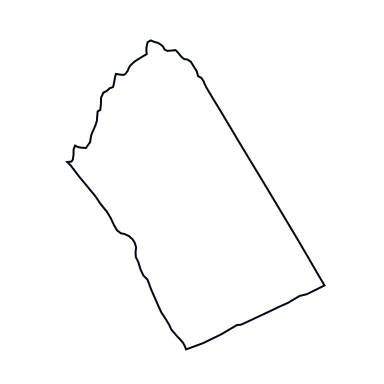 outline of Nyaribari Masaba, Nyanza, Kenya, rotated 353°
{"feature_id": "3690345B15425967230787", "entity_name": "Nyaribari Masaba", "entity_type": "district", "adm_level": 2, "iso_a3": "KEN", "parent_name": "Kenya", "parent_adm1": "Nyanza", "projection": "equal_earth", "projection_center": [34.907, -0.835], "detail": "fine", "context": "isolated", "style": "outline", "palette": "ink", "viewbox_px": 384, "rotation_deg": 353, "n_neighbors": 0, "source": "geoboundaries", "source_scale": "gbopen_adm2", "svg_char_len": 1720}
<svg xmlns="http://www.w3.org/2000/svg" viewBox="0 0 384 384"><g transform="rotate(353 192 192)"><path d="M167.0,347.5L184.4,343.4L204.0,336.7L220.4,329.5L224.3,329.7L228.9,328.3L253.9,320.1L265.0,316.4L274.1,313.6L277.6,312.0L286.1,308.3L293.6,307.4L312.1,300.9L291.4,252.7L275.1,215.9L263.5,189.8L246.6,152.2L228.9,112.1L224.6,102.7L219.0,90.0L217.5,85.8L217.2,83.9L215.1,79.8L212.2,77.8L211.4,72.7L209.0,67.6L206.7,62.5L203.3,59.8L200.5,59.2L197.8,56.3L195.1,51.9L192.9,49.1L190.1,49.2L187.8,49.0L184.9,49.0L182.3,47.4L180.8,43.9L179.0,42.0L176.4,39.8L172.8,38.4L169.5,36.5L166.2,37.9L164.8,41.7L164.3,43.7L164.0,45.5L163.8,49.7L162.0,50.4L159.7,51.4L157.5,52.4L155.5,53.3L152.2,54.9L150.6,55.7L149.1,56.8L145.9,59.2L144.5,61.1L142.9,63.9L140.7,66.3L139.6,67.1L138.1,67.4L135.2,66.8L130.9,65.5L129.5,68.9L129.0,70.7L128.5,72.2L127.2,76.3L126.4,78.2L123.0,79.0L120.0,81.1L118.3,81.9L116.2,82.5L113.3,87.2L112.3,93.7L111.0,99.3L108.2,100.5L107.2,105.0L106.3,109.7L104.4,113.8L102.1,117.8L100.0,121.3L98.9,123.4L98.4,124.8L96.9,130.1L93.8,133.5L92.2,135.4L87.9,134.6L85.5,133.9L82.9,132.7L81.6,131.7L79.7,135.2L78.9,140.9L77.5,145.6L76.1,147.1L71.9,147.1L75.0,151.1L77.4,155.3L78.5,157.2L81.9,163.0L85.3,168.3L88.2,172.8L91.9,178.7L94.2,182.2L96.3,185.7L99.1,191.4L102.1,196.5L105.0,201.0L108.2,208.1L109.7,212.8L110.9,216.3L113.0,221.0L116.4,224.3L120.0,225.5L124.2,228.2L127.3,231.8L129.0,235.5L129.8,240.1L128.7,244.5L128.3,249.6L130.2,255.1L131.5,262.7L133.6,269.0L137.1,273.5L138.3,278.4L139.6,283.9L142.7,294.2L144.7,300.9L146.8,307.6L149.1,312.1L150.9,316.0L153.1,320.9L154.7,326.0L157.6,330.3L159.9,333.8L162.3,336.9L164.9,340.9L166.1,344.2L167.0,347.5Z" fill="none" stroke="#020617" stroke-width="2"/></g></svg>